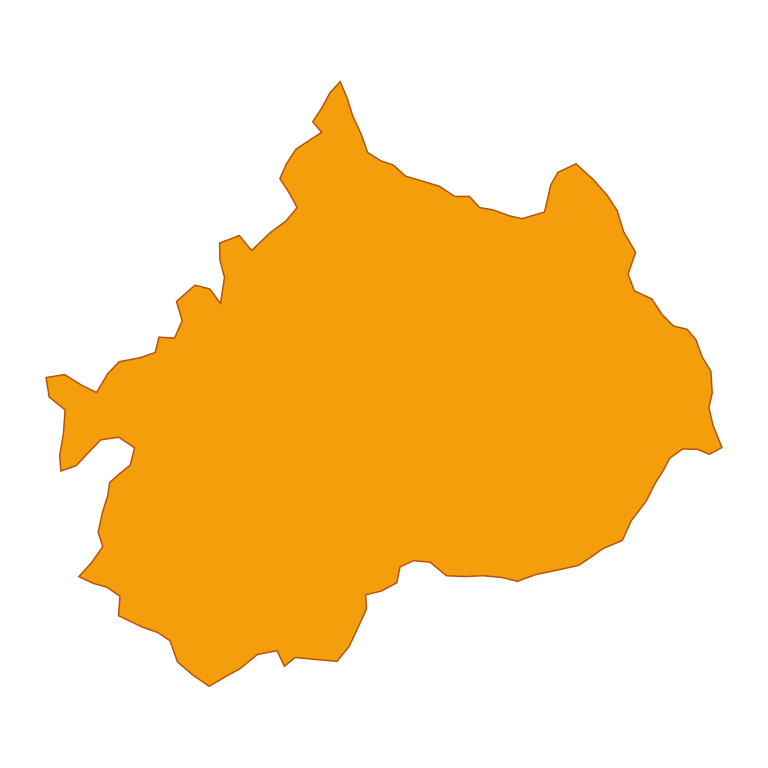 the district of Paraí, Rio Grande do Sul, Brazil
{"feature_id": "56859067B73323453228912", "entity_name": "Paraí", "entity_type": "district", "adm_level": 2, "iso_a3": "BRA", "parent_name": "Brazil", "parent_adm1": "Rio Grande do Sul", "projection": "robinson", "projection_center": [-51.795, -28.595], "detail": "fine", "context": "isolated", "style": "filled", "palette": "amber", "viewbox_px": 768, "rotation_deg": 0, "n_neighbors": 0, "source": "geoboundaries", "source_scale": "gbopen_adm2", "svg_char_len": 1770}
<svg xmlns="http://www.w3.org/2000/svg" viewBox="0 0 768 768"><path d="M177.5,661.9L192.5,674.8L209.1,686.3L225.1,676.9L240.1,668.6L257.4,654.5L277.1,650.7L284.4,666.3L295.2,657.5L315.9,659.5L337.0,661.3L349.2,646.3L358.2,627.2L366.5,609.0L365.7,594.8L381.3,591.0L396.8,582.8L400.0,566.9L413.5,560.7L430.1,562.2L446.3,575.7L465.3,576.6L482.9,575.7L502.1,577.5L517.4,581.3L535.9,574.5L558.7,569.8L578.5,565.4L590.0,557.8L602.8,548.7L622.3,540.4L631.3,520.7L646.1,501.3L655.6,482.5L663.3,470.5L669.9,458.1L682.6,449.0L697.4,449.3L709.4,454.3L721.9,447.5L712.9,424.9L708.9,407.5L712.2,393.1L710.9,371.4L701.9,356.4L695.9,339.6L687.1,329.3L673.6,326.1L662.1,314.6L651.9,299.0L634.3,290.8L628.1,274.0L635.6,252.3L623.6,231.7L617.1,210.5L607.3,195.5L593.3,179.6L576.0,163.8L558.0,172.3L550.7,184.9L547.7,198.5L544.5,212.0L521.9,218.7L509.2,215.8L493.2,209.9L479.6,207.6L469.4,196.4L454.6,196.4L439.6,186.4L422.3,181.1L405.5,176.1L393.5,165.2L380.8,160.8L367.7,152.6L361.2,134.3L352.5,115.5L347.2,98.2L340.2,81.7L329.9,92.9L321.7,108.2L312.7,121.7L321.7,132.3L311.2,139.1L295.9,149.3L286.4,163.8L279.9,178.7L289.4,193.2L297.1,207.6L285.6,221.4L270.9,232.0L251.6,250.5L239.3,235.5L219.5,243.1L220.0,260.5L224.5,277.3L220.5,303.4L209.8,289.0L195.0,285.2L176.5,301.4L182.2,320.8L174.5,338.1L159.0,337.2L155.2,352.5L139.7,357.8L119.2,361.7L107.7,373.7L96.6,392.5L82.6,385.8L64.6,374.6L46.1,377.5L49.1,396.9L65.1,409.9L63.4,434.0L59.6,455.7L60.9,471.0L76.1,465.7L87.9,453.1L100.7,439.9L118.7,437.2L134.5,447.8L130.2,465.2L119.2,474.0L109.7,482.5L107.7,496.0L102.4,512.5L98.2,532.2L102.7,546.6L91.7,562.5L78.9,576.6L93.4,583.4L106.9,587.2L120.0,596.3L118.5,615.7L131.5,621.9L142.5,627.2L157.7,632.5L170.0,640.7L177.5,661.9Z" fill="#f59e0b" stroke="#b45309" stroke-width="1.5"/></svg>